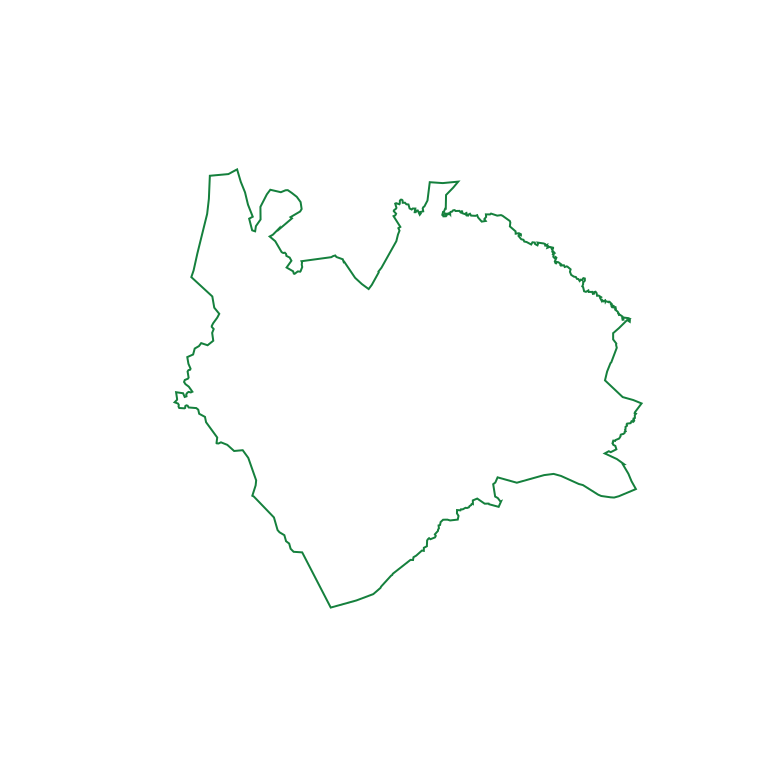 outline of Pilskalnes pag., Ilukstes, Latvia, rotated 217°
{"feature_id": "27541924B27869774181069", "entity_name": "Pilskalnes pag.", "entity_type": "district", "adm_level": 2, "iso_a3": "LVA", "parent_name": "Latvia", "parent_adm1": "Ilukstes", "projection": "mercator", "projection_center": [26.24, 56.006], "detail": "fine", "context": "isolated", "style": "outline", "palette": "green", "viewbox_px": 768, "rotation_deg": 217, "n_neighbors": 0, "source": "geoboundaries", "source_scale": "gbopen_adm2", "svg_char_len": 6166}
<svg xmlns="http://www.w3.org/2000/svg" viewBox="0 0 768 768"><g transform="rotate(217 384 384)"><path d="M225.2,581.6L226.1,583.0L227.1,583.1L226.9,584.0L228.4,583.7L232.1,581.6L232.2,579.7L231.6,579.4L232.1,578.9L233.7,580.3L234.1,581.4L237.1,581.3L237.8,580.6L238.7,581.6L240.2,580.9L239.6,581.6L240.8,582.4L244.1,582.5L244.5,583.0L244.1,583.6L245.4,584.7L246.5,583.6L247.2,584.2L247.7,583.5L247.3,583.0L248.0,582.6L248.7,582.8L248.5,584.2L249.7,583.7L250.3,584.0L249.8,584.5L250.1,584.9L253.4,585.4L254.0,585.0L253.9,584.5L256.7,583.7L256.6,582.9L257.7,583.9L258.5,582.1L260.1,582.3L259.9,581.3L263.3,582.8L262.9,584.0L265.8,583.8L266.9,582.7L269.0,584.6L270.6,585.0L271.4,584.0L270.6,582.6L271.4,581.7L273.1,582.9L275.9,580.7L277.1,581.7L278.2,579.1L280.0,578.5L283.4,581.3L284.4,581.3L284.9,583.3L286.3,585.3L286.0,585.5L285.8,587.4L287.1,589.1L288.4,588.6L288.6,588.0L288.2,586.2L289.6,585.8L289.7,584.0L291.9,584.8L293.2,584.1L295.2,584.9L297.0,584.0L300.2,583.8L303.0,585.5L304.0,587.9L308.0,588.1L308.9,587.9L310.1,586.2L311.8,587.1L314.0,585.0L314.8,585.2L314.7,586.2L318.0,586.2L319.5,585.4L319.1,584.0L319.7,583.7L321.3,584.6L322.3,588.6L323.4,588.7L323.7,587.2L325.4,587.5L326.4,589.5L327.1,589.3L327.2,590.6L326.7,591.3L328.1,591.6L328.3,590.6L329.3,591.0L329.5,591.9L331.4,592.9L330.5,593.9L331.0,594.6L334.2,593.2L335.5,591.1L336.1,592.8L337.3,592.2L337.6,593.3L338.7,591.7L339.7,592.7L341.1,592.3L346.4,589.4L345.4,588.8L344.9,587.1L347.5,586.7L348.7,587.7L350.7,586.5L350.4,584.0L355.6,583.2L357.7,582.2L359.4,583.1L361.5,582.2L365.7,583.2L365.9,584.8L364.2,585.2L364.8,586.0L367.0,585.6L369.3,583.3L370.8,585.1L378.3,585.6L380.3,589.0L381.6,589.9L390.6,589.7L392.2,589.3L394.9,586.6L401.1,584.5L401.4,583.2L404.7,580.8L403.0,578.9L403.1,576.1L400.9,575.4L403.7,572.5L409.1,573.6L411.2,574.9L412.1,573.4L415.8,570.9L417.8,571.7L418.4,570.4L418.1,569.2L419.5,568.3L420.1,568.5L420.0,569.3L421.1,570.2L421.4,569.6L421.0,568.6L424.3,567.5L425.5,568.9L426.0,568.6L425.7,567.5L426.0,567.1L428.0,567.6L431.0,565.2L432.2,565.4L433.3,564.3L433.5,562.4L434.4,561.5L434.3,560.6L433.4,559.5L434.6,559.9L435.2,559.1L434.4,558.6L437.8,557.0L435.4,556.2L435.5,555.2L437.3,553.8L438.1,555.0L438.6,554.0L439.2,554.1L440.4,557.0L439.8,557.5L440.7,560.9L440.2,561.2L448.2,572.3L446.9,582.5L446.5,590.3L458.0,579.8L468.9,572.7L459.7,556.7L458.6,550.1L459.0,549.0L458.8,547.6L456.6,545.5L458.8,542.9L457.3,542.4L457.3,540.7L461.5,542.9L462.2,542.2L462.1,540.3L462.9,539.7L464.6,543.0L466.7,541.4L466.9,540.0L469.2,539.6L472.5,542.1L474.3,541.0L476.4,541.4L478.1,540.0L479.7,541.8L480.6,541.9L481.4,541.5L481.7,540.1L479.9,537.4L479.9,536.8L483.1,535.7L483.6,534.8L480.1,532.2L479.9,531.4L480.6,528.6L480.2,527.9L476.8,527.3L476.5,525.5L477.4,523.8L465.5,519.3L466.3,517.1L463.9,515.8L462.8,511.8L460.1,505.5L456.0,475.3L456.1,470.4L455.4,470.0L453.4,455.8L453.4,450.6L461.8,450.5L471.0,451.4L489.3,457.7L489.5,457.1L492.0,458.8L498.4,456.8L500.3,457.3L501.7,455.4L502.4,453.6L523.8,432.4L522.6,431.7L521.5,429.8L519.7,428.2L518.5,423.9L518.5,423.3L520.6,422.0L521.7,418.2L522.5,417.9L524.4,419.3L531.9,418.4L532.1,426.7L535.4,428.2L539.1,427.6L540.4,428.9L542.2,429.2L543.3,428.0L545.1,427.7L556.8,432.6L564.1,433.0L562.6,436.3L561.4,445.3L560.9,444.3L557.2,460.9L559.1,461.0L554.8,471.3L555.1,474.2L560.1,479.1L566.3,481.0L572.7,481.1L577.5,480.9L579.2,479.5L581.8,475.1L591.7,470.7L591.7,465.0L589.3,451.1L581.6,441.1L581.3,433.0L578.8,428.4L579.5,428.1L581.8,427.4L591.2,434.9L589.5,438.6L600.6,445.4L610.3,453.4L620.1,459.3L630.5,467.0L634.6,458.0L648.4,445.5L635.3,426.5L627.6,413.4L611.6,375.9L604.4,360.1L602.2,353.4L573.8,350.6L565.5,342.8L557.8,340.9L557.1,336.6L557.0,329.7L556.5,326.8L556.0,326.0L553.1,325.4L552.0,321.4L546.4,315.8L548.2,308.8L554.6,306.6L554.6,302.9L556.5,298.4L554.2,292.7L557.3,287.1L552.3,282.4L547.7,279.8L547.4,278.8L548.5,277.4L548.4,275.8L543.9,271.5L543.8,270.2L545.5,267.3L544.9,265.3L542.5,264.4L538.3,264.4L532.4,262.5L533.2,261.0L535.3,260.1L535.8,258.7L535.7,256.7L534.3,255.3L535.4,253.7L538.9,255.7L545.1,252.3L540.0,247.3L539.8,246.5L540.2,243.4L536.8,244.4L535.3,243.8L534.5,242.3L533.1,241.6L528.7,244.5L528.4,245.2L529.4,246.8L529.0,248.0L527.8,248.5L525.9,247.7L519.4,251.8L516.9,251.7L513.7,249.0L507.2,250.0L503.1,246.4L485.0,240.9L482.2,236.0L481.7,236.0L480.3,237.0L479.1,239.3L472.5,241.1L463.4,240.3L457.0,246.1L447.9,243.3L428.1,230.1L425.5,225.8L421.9,215.5L420.3,215.8L391.6,211.2L381.1,203.3L378.2,202.7L372.6,203.3L367.6,199.5L363.7,199.5L359.4,196.2L355.2,195.6L348.0,200.3L292.0,173.4L275.8,194.5L266.1,209.8L264.1,219.1L264.4,220.4L263.0,235.3L262.5,236.4L262.8,237.7L257.0,259.5L254.9,260.9L256.2,263.4L255.0,266.3L253.5,273.8L251.8,274.7L253.6,277.2L252.1,280.2L255.4,285.0L255.5,286.5L255.2,288.0L253.5,288.0L251.0,292.1L251.1,293.2L251.3,293.9L252.9,294.5L252.5,299.2L253.2,300.3L253.3,301.8L255.3,303.9L254.4,305.2L255.7,307.8L255.1,311.2L251.6,313.9L249.1,314.8L243.5,320.1L245.1,323.5L247.9,324.6L249.8,327.3L246.9,329.1L247.2,330.1L245.7,331.3L244.4,334.2L243.1,334.9L242.0,336.6L242.2,337.9L241.5,339.9L241.8,340.7L241.4,341.6L240.8,341.7L243.0,344.5L240.6,348.6L231.6,349.0L228.4,351.5L227.7,351.2L218.5,354.9L219.9,360.9L220.3,360.2L224.5,361.4L227.5,361.0L236.5,369.7L235.8,372.3L237.1,377.8L218.5,385.1L201.3,407.6L194.4,414.3L187.3,417.1L168.2,421.4L164.3,423.0L146.4,424.5L143.1,425.3L134.8,429.9L131.9,431.8L128.9,435.7L119.6,451.7L127.8,455.3L134.8,459.4L144.8,463.5L143.9,464.4L152.9,464.2L165.9,461.4L164.0,465.6L161.9,466.0L159.1,471.7L162.0,473.8L164.2,473.4L165.9,474.2L165.8,475.0L166.4,475.5L166.8,476.8L165.2,477.6L165.4,478.5L163.4,481.9L163.6,484.5L164.3,485.5L164.3,486.3L162.7,488.3L162.4,489.8L163.0,490.7L162.5,491.7L163.9,492.4L164.0,493.4L165.3,495.1L164.8,496.9L166.0,497.9L166.0,498.7L163.5,501.1L163.9,503.2L162.5,503.6L163.1,504.8L162.1,504.8L162.1,505.3L163.9,506.7L163.2,507.9L165.0,510.1L164.9,511.9L166.3,511.6L166.6,512.5L166.6,523.5L175.3,521.2L185.5,517.2L209.7,519.9L213.3,528.2L215.7,537.0L215.5,538.0L219.9,553.0L222.3,555.0L222.8,556.1L227.8,557.5L231.6,562.5L230.0,570.0L228.3,581.4L225.2,581.6Z" fill="none" stroke="#15803d" stroke-width="2"/></g></svg>